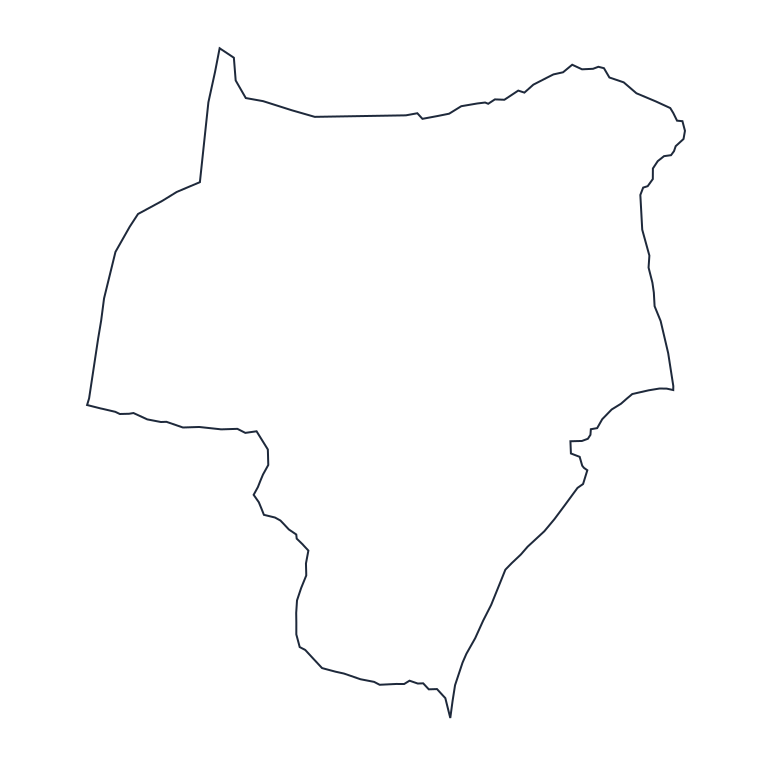 outline of Wamba, Nassarawa, Nigeria, rotated 181°
{"feature_id": "59680162B37281482686762", "entity_name": "Wamba", "entity_type": "district", "adm_level": 2, "iso_a3": "NGA", "parent_name": "Nigeria", "parent_adm1": "Nassarawa", "projection": "robinson", "projection_center": [8.68, 9.001], "detail": "fine", "context": "isolated", "style": "outline", "palette": "slate", "viewbox_px": 768, "rotation_deg": 181, "n_neighbors": 0, "source": "geoboundaries", "source_scale": "gbopen_adm2", "svg_char_len": 2285}
<svg xmlns="http://www.w3.org/2000/svg" viewBox="0 0 768 768"><g transform="rotate(181 384 384)"><path d="M94.7,383.0L94.7,387.0L100.4,419.8L108.5,451.8L114.8,466.5L115.8,480.1L117.4,490.0L121.5,505.0L120.9,517.0L128.5,542.8L131.0,577.5L128.3,584.9L123.8,586.4L118.8,593.6L118.9,604.2L114.2,611.6L108.0,616.7L101.0,617.8L98.1,621.9L96.5,626.9L88.8,634.2L87.5,642.4L90.2,652.0L95.6,652.4L99.5,660.0L102.6,664.9L117.2,671.3L136.7,679.1L149.6,689.8L164.0,694.4L169.6,703.6L175.2,704.9L180.5,702.8L191.5,702.1L201.4,706.5L210.4,698.8L220.0,696.5L225.7,693.5L239.9,685.9L248.7,677.8L254.9,679.7L268.6,670.3L278.1,670.5L284.7,666.0L287.8,667.2L295.7,666.1L311.6,663.1L323.6,655.4L335.0,652.9L350.2,649.8L355.4,655.3L366.8,653.0L457.9,649.9L481.0,656.1L509.8,664.7L527.2,667.5L537.6,684.9L539.8,707.6L554.2,716.8L558.4,693.0L564.5,662.6L571.6,582.6L594.6,572.4L608.8,563.3L632.9,549.7L641.0,536.8L654.8,511.4L665.4,464.7L667.9,442.5L670.6,424.5L678.6,364.5L680.5,357.8L677.9,357.2L666.8,354.6L665.2,354.3L652.2,351.5L647.6,349.4L638.3,349.8L634.0,350.6L620.1,344.5L606.4,342.1L600.9,342.4L584.3,337.0L576.2,337.4L568.0,337.8L548.0,336.0L546.1,335.8L529.8,336.6L521.8,332.7L510.6,334.5L504.8,325.5L499.0,316.5L498.7,310.3L498.3,301.0L503.4,291.4L505.9,285.1L508.3,278.7L512.4,270.9L507.1,263.6L504.2,256.9L501.8,251.1L490.7,248.6L485.2,245.7L482.3,242.8L476.6,236.9L469.1,232.0L468.6,227.9L462.4,222.1L461.8,221.4L456.7,216.1L458.9,203.2L458.5,194.3L458.4,191.2L463.3,178.5L467.2,166.1L467.8,153.5L467.5,144.2L467.3,132.1L464.4,122.0L463.7,119.5L458.1,116.7L449.6,107.8L441.0,98.9L437.1,97.9L427.4,95.5L419.0,93.8L402.4,88.4L388.7,86.0L383.1,83.2L366.5,84.3L358.6,84.4L353.3,87.8L345.0,85.1L339.6,85.4L333.9,79.5L325.7,79.9L320.0,73.9L317.2,71.0L311.9,51.2L309.9,68.3L307.7,84.1L300.6,106.8L296.9,115.7L288.4,131.4L280.7,149.2L273.0,165.0L264.4,187.4L259.4,200.5L253.3,207.0L244.2,215.9L237.6,223.8L221.1,239.6L211.2,251.9L200.3,267.1L192.6,278.0L188.7,283.5L183.2,287.5L179.2,301.3L182.7,303.7L184.4,305.8L187.1,314.6L195.9,317.8L196.6,330.0L189.9,330.3L185.1,330.5L179.2,332.8L176.7,336.8L176.4,342.4L170.1,343.6L165.2,352.6L155.9,362.5L146.7,368.4L141.0,373.6L135.6,378.3L119.3,382.3L113.3,383.4L108.4,384.3L101.2,384.3L94.7,383.0Z" fill="none" stroke="#1e293b" stroke-width="2"/></g></svg>